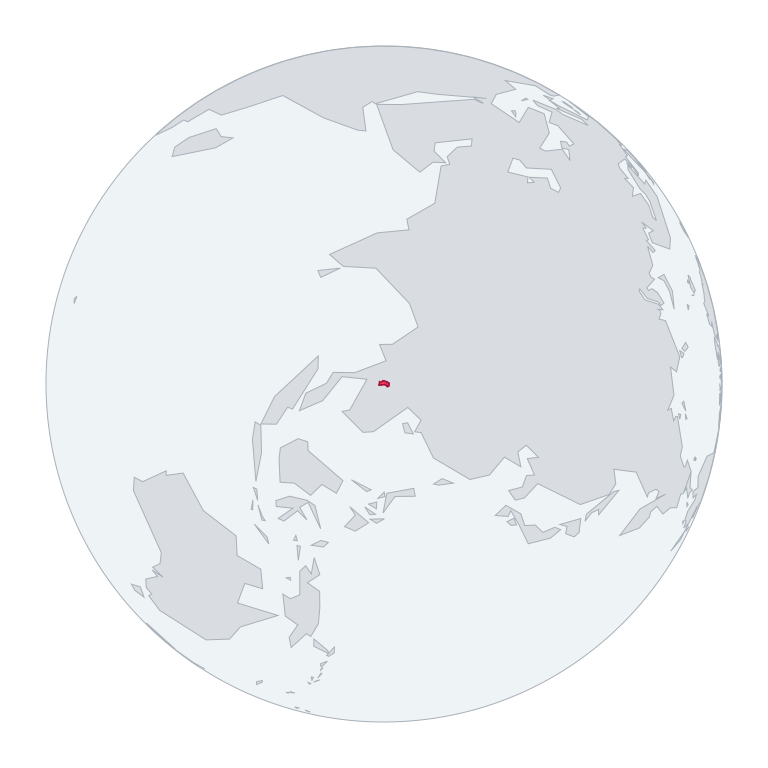 globe centered on Phetchabun, rotated 84°
{"feature_id": "THA-402", "entity_name": "Phetchabun", "entity_type": "Province", "adm_level": 1, "iso_a3": "THA", "parent_name": "Thailand", "parent_adm1": "", "projection": "orthographic", "projection_center": [101.234, 16.209], "detail": "fine", "context": "on_globe", "style": "filled", "palette": "rose", "viewbox_px": 768, "rotation_deg": 84, "n_neighbors": 0, "source": "natural_earth", "source_scale": "10m", "svg_char_len": 11901}
<svg xmlns="http://www.w3.org/2000/svg" viewBox="0 0 768 768"><g transform="rotate(84 384 384)"><circle cx="384" cy="384" r="338" fill="#eef3f6" stroke="#a8b0b8"/><path d="M702.5,491.5L701.9,493.7L701.7,494.1L702.5,491.5ZM533.6,81.0L536.8,83.6L549.6,91.2L538.3,85.3L569.9,105.5L580.2,116.3L561.9,100.4L554.8,96.2L558.5,101.0L552.0,97.9L550.1,98.8L542.0,95.0L531.9,87.1L526.5,84.8L529.4,88.6L523.2,87.9L519.8,82.6L508.5,81.2L489.6,70.2L486.9,63.1L469.7,57.6L460.3,54.8L485.4,61.6L509.8,70.4L533.6,81.0ZM560.3,98.1L557.5,95.6L562.4,99.2L560.3,98.1ZM551.2,99.6L554.0,101.5L551.8,101.3L551.2,99.6ZM537.5,95.5L533.1,95.1L535.8,94.1L537.5,95.5ZM529.4,93.9L518.8,93.9L524.2,97.7L503.0,87.7L519.0,90.5L521.5,88.4L524.2,91.4L529.4,93.9ZM455.9,53.8L456.2,53.9L451.9,53.0L455.9,53.8ZM447.9,52.2L453.6,53.5L441.6,51.4L435.2,50.1L436.3,50.1L430.9,49.4L429.7,49.2L447.9,52.2ZM493.0,82.7L488.9,81.9L491.2,81.3L493.0,82.7ZM423.6,48.4L424.1,48.5L414.2,47.5L416.7,47.7L423.6,48.4ZM461.3,55.3L461.1,55.7L451.3,53.9L450.0,53.9L441.5,51.4L461.3,55.3ZM412.9,47.3L409.1,47.1L403.1,46.6L405.3,46.8L412.9,47.3ZM428.9,49.1L429.4,49.3L425.9,48.8L428.9,49.1ZM407.8,47.0L409.9,47.2L411.2,47.4L407.2,47.2L407.8,47.0ZM435.2,50.6L431.2,50.1L438.2,51.5L431.1,50.8L426.8,49.5L425.7,49.7L423.5,49.6L422.4,48.8L435.2,50.6ZM407.2,47.7L399.2,46.6L387.4,46.3L385.6,46.2L404.9,46.8L407.2,47.7ZM416.2,48.3L410.2,47.8L411.0,47.5L415.6,47.8L416.2,48.3ZM427.9,51.0L439.9,52.4L440.4,52.7L427.9,51.0ZM403.6,47.5L405.6,47.9L402.7,47.5L403.6,47.5ZM420.3,49.8L424.4,50.1L424.9,50.5L420.3,49.8ZM406.2,48.5L403.6,48.0L406.6,48.0L406.2,48.5ZM412.5,49.1L412.2,49.5L409.3,48.3L414.3,49.1L412.5,49.1ZM420.1,50.1L421.7,50.4L418.3,49.9L420.1,50.1ZM396.1,49.3L391.7,47.8L398.4,47.5L401.8,48.9L396.1,49.3ZM114.9,179.6L115.5,184.9L113.8,189.0L103.2,202.3L94.9,231.6L104.7,222.2L107.7,242.1L116.4,248.0L138.1,222.2L124.0,211.6L131.9,196.5L151.7,193.4L165.7,204.5L169.2,199.1L169.2,182.1L181.3,175.6L170.2,175.7L168.0,182.3L161.0,183.1L162.5,177.2L166.8,174.8L165.1,170.0L145.3,184.1L141.1,192.4L131.2,188.5L123.1,202.3L117.3,206.2L128.7,184.6L134.4,178.2L148.3,153.8L141.4,159.8L127.8,183.8L128.1,180.6L118.6,190.6L126.0,180.5L142.6,154.3L139.6,152.6L122.3,170.3L149.1,141.0L146.9,143.7L154.8,136.4L169.4,123.3L166.3,126.6L171.5,122.4L170.6,124.6L182.4,118.1L183.4,120.0L200.7,109.1L203.6,109.1L192.5,115.2L185.4,121.2L189.5,128.1L194.0,127.0L205.0,119.7L204.7,123.2L214.8,115.4L223.3,117.4L221.3,109.0L234.0,102.0L246.1,99.4L249.9,96.0L230.3,100.5L222.8,103.9L216.9,108.9L196.2,118.9L192.0,118.6L212.4,103.8L208.7,102.3L226.1,92.8L268.5,83.9L279.7,85.7L271.6,102.3L261.7,105.1L259.7,100.1L249.9,110.8L256.3,106.9L256.1,110.3L268.2,105.8L268.7,108.1L279.6,100.3L281.4,102.7L274.5,107.5L294.1,104.3L301.5,108.8L305.7,107.1L308.1,104.0L315.8,112.6L318.6,111.0L317.2,107.5L321.7,102.4L332.8,97.1L334.9,100.3L331.1,102.6L326.5,113.1L316.2,119.7L318.2,120.6L327.6,115.7L333.3,102.8L339.4,98.9L338.1,104.6L339.0,102.1L342.7,101.2L348.3,103.6L350.3,97.5L387.9,87.0L402.4,91.8L397.1,97.3L425.5,96.8L439.7,104.5L438.3,100.9L451.0,99.7L446.7,97.2L447.0,95.5L477.7,93.9L486.5,96.9L498.1,94.3L497.4,92.8L491.6,90.3L503.0,87.7L524.2,97.7L524.7,100.5L537.6,105.8L537.0,111.9L542.4,120.2L534.2,125.4L539.2,132.3L543.7,133.7L553.9,145.1L559.3,165.4L535.1,142.5L523.1,115.6L526.3,125.4L519.6,121.7L517.1,124.6L519.9,132.3L523.9,134.0L498.0,142.4L492.8,164.3L507.5,163.9L517.4,171.6L524.4,201.4L499.1,241.5L512.0,256.3L513.2,265.7L503.0,271.1L500.9,257.2L489.9,251.8L490.3,243.8L473.2,249.3L473.0,238.1L459.7,248.9L465.5,258.0L480.7,256.5L469.3,271.9L485.5,288.6L488.0,308.4L462.8,342.5L436.2,352.2L434.7,358.5L423.8,350.9L409.8,362.8L430.3,399.5L429.9,409.9L406.9,428.5L406.3,420.8L377.5,400.5L372.3,424.9L394.1,446.6L401.7,470.9L384.9,462.6L377.3,441.2L367.1,433.3L369.7,412.0L361.1,379.5L344.2,384.3L345.4,371.5L330.9,344.1L306.6,350.2L268.0,379.9L262.8,412.1L249.5,424.6L233.0,374.9L233.3,343.0L222.5,344.1L209.6,314.6L173.2,304.4L172.3,295.6L164.5,297.4L156.1,286.3L156.5,272.2L149.4,270.8L149.5,307.9L157.6,309.9L170.4,299.6L168.5,312.2L177.1,326.2L152.0,350.5L105.1,362.1L107.9,337.4L110.3,264.4L114.4,258.0L114.7,257.2L115.2,255.7L107.8,265.7L110.7,252.1L101.5,300.3L96.8,320.0L104.4,363.3L101.8,366.2L106.5,376.2L130.4,375.5L128.9,383.4L113.1,416.1L86.5,454.5L94.3,489.9L99.6,517.7L92.5,529.3L102.7,551.9L100.5,555.8L106.7,567.9L110.2,577.9L112.7,584.8L109.6,581.2L96.3,561.3L84.5,540.6L74.2,519.0L65.5,496.8L58.3,474.0L52.7,450.8L48.9,427.2L46.6,403.4L46.1,379.5L47.3,355.7L50.1,332.0L54.6,308.5L60.8,285.4L68.5,262.8L77.9,240.9L88.8,219.6L101.1,199.1L114.9,179.6ZM172.9,232.1L186.1,238.8L193.2,219.1L198.9,220.4L199.2,213.6L193.6,217.7L196.3,200.0L206.7,197.8L211.7,190.3L207.5,187.8L188.0,195.1L184.0,219.8L175.5,225.5L172.9,232.1ZM201.1,100.4L196.5,103.8L190.5,107.5L189.3,107.8L197.9,102.0L201.1,100.4ZM191.4,107.9L211.9,94.7L213.5,94.9L209.1,96.8L208.1,98.3L200.8,102.0L182.2,116.3L175.7,120.8L177.0,117.2L180.1,115.4L184.5,111.8L191.4,107.9ZM261.6,69.2L270.5,65.8L262.4,70.2L255.0,72.9L253.3,72.6L261.0,69.3L261.6,69.2ZM399.1,46.4L395.6,46.3L399.1,46.4ZM342.7,48.6L342.8,48.6L354.8,47.7L369.5,46.7L374.3,46.8L368.6,47.2L377.3,47.1L370.0,48.1L373.2,48.4L369.2,50.2L356.4,51.6L361.0,51.9L358.2,54.0L347.8,55.8L350.5,53.8L337.1,57.6L334.7,55.9L333.3,56.5L327.5,56.3L317.9,57.3L318.4,56.5L314.5,57.3L310.5,57.6L305.3,58.6L304.3,57.7L297.8,59.1L301.0,58.0L290.1,60.8L297.8,58.4L293.4,59.2L288.3,61.1L292.5,58.7L317.4,52.7L342.7,48.6ZM394.6,49.8L379.9,50.7L371.4,50.6L382.0,47.7L380.0,47.3L386.5,46.4L398.7,46.8L395.7,46.9L395.7,47.2L391.9,46.9L394.9,47.4L390.9,47.8L392.1,48.4L387.0,48.4L394.6,49.8ZM118.2,185.4L118.1,187.3L119.3,188.7L113.4,195.5L118.2,185.4ZM129.1,167.5L129.9,167.7L122.1,177.0L122.3,175.5L129.1,167.5ZM137.0,160.4L130.6,167.0L134.2,162.5L137.0,160.4ZM194.0,115.4L195.6,115.7L193.2,117.6L189.2,119.7L194.0,115.4ZM307.3,70.3L310.2,68.3L312.3,68.1L323.3,64.6L325.9,66.0L320.3,68.8L307.3,70.3ZM132.0,225.1L125.6,228.6L125.9,225.1L128.1,224.5L132.0,225.1ZM116.1,211.2L116.6,217.8L114.5,213.0L116.1,211.2ZM312.0,71.3L316.2,69.5L314.9,71.4L312.0,71.3ZM328.4,67.0L328.0,68.9L327.5,65.8L328.4,67.0ZM264.7,680.2L271.6,683.8L266.8,683.1L264.7,680.2ZM131.5,526.8L135.7,570.9L126.6,567.4L118.5,552.2L112.5,524.2L121.0,520.0L123.4,508.4L131.5,526.8ZM485.5,526.5L495.3,527.7L494.9,529.2L485.5,526.5ZM475.3,521.5L486.6,521.8L473.2,524.7L475.3,521.5ZM491.0,522.0L502.5,519.0L507.5,516.5L506.6,519.6L491.0,522.0ZM467.5,521.6L425.1,520.6L408.2,516.1L412.2,510.8L439.6,513.0L467.5,521.6ZM410.9,510.6L385.0,494.1L349.2,446.4L362.0,448.1L399.4,477.6L397.0,482.3L412.7,495.2L410.9,510.6ZM473.3,483.4L470.8,497.6L447.4,496.2L436.7,493.7L429.4,475.1L433.5,465.9L442.3,466.4L475.9,434.9L487.7,442.8L477.4,456.2L487.1,468.7L473.3,483.4ZM264.2,415.4L271.4,435.7L264.2,437.9L264.2,415.4ZM489.2,412.5L475.8,426.5L487.9,407.8L489.2,412.5ZM496.1,394.9L497.1,402.0L491.5,395.1L496.1,394.9ZM434.7,368.3L425.4,369.7L425.0,364.6L436.7,360.0L434.7,368.3ZM489.8,325.4L490.3,340.1L488.7,345.1L484.2,336.1L489.8,325.4ZM340.1,87.6L322.0,90.3L310.6,94.7L306.9,100.2L304.3,94.2L321.8,87.4L340.1,87.6ZM381.8,86.4L384.9,82.5L388.8,84.2L388.6,85.3L381.8,86.4ZM380.0,84.1L374.1,79.7L379.3,77.6L382.9,81.4L380.0,84.1ZM342.3,73.6L336.8,74.1L338.0,72.4L342.3,73.6ZM625.1,620.0L625.0,620.7L615.6,630.0L604.1,640.2L596.7,645.4L625.1,620.0ZM556.6,656.1L560.4,647.5L571.0,644.9L563.2,653.3L556.6,656.1ZM640.9,603.5L626.6,619.2L632.8,612.2L641.4,602.3L648.7,591.9L642.8,600.8L644.7,599.0L640.9,603.5ZM528.5,623.1L463.9,644.3L450.6,642.1L455.9,634.2L447.6,609.7L452.1,610.2L451.6,593.1L490.9,577.0L519.6,547.0L539.2,548.0L555.4,525.9L574.9,526.1L567.8,543.3L586.5,552.6L603.1,513.7L610.6,552.3L621.5,564.3L619.9,587.7L585.8,630.6L569.9,640.1L568.6,637.0L561.5,641.7L553.0,641.3L551.7,629.4L544.6,634.0L553.1,623.9L542.0,633.2L539.2,625.5L528.5,623.1ZM666.2,536.0L668.0,536.5L669.6,542.1L666.8,542.0L666.2,536.0ZM697.5,502.0L697.3,504.8L695.7,506.6L697.5,502.0ZM701.7,494.1L699.9,496.7L702.5,491.5L701.7,494.1ZM680.9,509.8L681.4,511.9L680.5,513.1L680.9,509.8ZM680.2,509.2L682.0,504.9L681.2,508.9L680.2,509.2ZM672.8,490.6L674.3,488.2L674.8,489.6L672.8,490.6ZM509.8,527.6L523.8,516.3L531.1,515.2L509.8,527.6ZM671.2,486.6L667.8,487.1L668.3,484.8L671.2,486.6ZM671.8,481.5L671.6,478.5L673.2,485.2L671.8,481.5ZM665.5,476.1L669.5,480.7L665.0,476.9L665.5,476.1ZM662.8,477.4L659.7,475.6L660.0,474.6L662.8,477.4ZM624.3,487.4L636.4,503.9L626.0,504.8L614.6,494.9L604.5,506.4L582.3,506.6L587.7,499.6L585.0,489.8L561.4,487.3L556.6,480.9L565.2,476.1L549.3,471.6L566.8,467.7L573.7,480.9L583.5,469.7L599.9,471.2L615.4,474.3L627.4,483.1L624.3,487.4ZM566.4,497.5L569.4,497.3L566.6,501.5L566.4,497.5ZM653.8,469.2L658.3,475.0L657.7,476.7L655.4,476.1L653.8,469.2ZM630.2,480.4L643.3,467.7L646.3,467.5L637.5,481.2L630.2,480.4ZM640.4,460.8L646.2,461.6L649.1,467.5L647.9,469.4L640.4,460.8ZM530.7,486.5L529.9,490.3L525.3,487.5L530.7,486.5ZM536.7,484.1L550.5,487.7L535.4,487.4L536.7,484.1ZM493.7,471.9L497.9,480.8L511.2,474.9L501.0,483.2L509.8,497.7L506.7,503.3L498.0,487.6L494.6,503.9L488.7,503.7L485.7,489.7L491.7,472.5L497.6,465.4L521.4,462.1L493.7,471.9ZM536.7,473.2L533.0,462.9L535.7,455.9L539.8,461.3L536.7,473.2ZM521.7,438.1L511.4,426.2L502.4,430.9L520.4,413.8L527.3,428.0L521.7,438.1ZM512.6,411.7L504.2,416.0L512.7,406.1L512.6,411.7ZM501.8,411.9L500.6,403.5L507.4,404.6L501.8,411.9ZM517.0,412.0L518.1,397.7L521.8,406.0L517.0,412.0ZM497.0,384.8L512.1,398.4L493.0,392.7L490.9,365.3L498.9,364.7L497.0,384.8ZM533.8,276.1L531.1,268.8L538.0,267.0L537.9,272.5L533.8,276.1ZM558.0,257.2L538.9,264.2L523.2,271.1L528.7,274.4L526.4,287.1L517.4,275.4L527.4,261.5L539.5,258.8L540.0,248.4L548.2,241.5L544.3,229.0L547.4,223.6L554.6,234.5L558.0,257.2ZM542.1,223.8L538.4,202.4L552.0,205.5L555.9,210.8L551.9,219.0L544.9,216.9L542.1,223.8ZM541.5,198.4L534.7,196.4L515.0,166.7L514.3,161.5L536.5,184.2L531.3,183.7L533.7,190.9L541.5,198.4ZM490.9,83.6L489.1,82.1L492.8,83.5L490.9,83.6ZM444.4,94.2L445.4,92.1L449.8,93.5L444.4,94.2ZM450.7,87.6L445.0,87.4L450.1,86.2L450.7,87.6ZM432.5,87.7L442.4,86.7L434.2,89.7L432.5,87.7Z" fill="#d9dde1" stroke="#a8b0b8" stroke-width="1"/><path d="M387.1,380.7L387.1,380.9L387.1,381.0L386.9,381.3L386.7,381.3L386.6,381.2L386.4,381.2L386.2,381.2L385.9,381.2L385.8,381.3L385.7,381.3L385.7,381.2L385.6,381.3L385.6,381.5L385.5,381.8L385.6,382.0L385.4,382.1L385.3,382.3L385.3,382.5L385.2,382.5L385.0,382.8L384.9,382.9L385.0,382.9L385.0,383.0L384.9,383.0L384.7,383.6L384.7,383.8L384.8,383.8L384.7,383.8L384.7,384.0L384.5,384.8L384.5,385.1L384.6,385.3L384.8,385.4L384.9,385.5L384.7,385.8L384.6,386.0L384.5,386.7L384.6,386.8L384.8,386.9L384.9,387.0L384.8,387.4L384.8,387.6L384.7,387.8L384.8,388.0L384.8,388.4L384.8,388.6L384.6,389.1L384.4,389.3L384.2,389.2L384.1,388.9L383.9,388.8L383.8,388.7L383.7,388.7L383.6,388.8L383.4,388.8L383.2,388.6L382.9,388.6L382.6,388.3L382.4,388.3L382.0,388.4L381.9,388.4L381.7,388.3L381.2,388.2L381.3,388.0L381.5,387.9L381.5,387.7L381.7,387.4L381.7,387.2L381.6,386.9L381.6,386.7L381.5,386.4L381.5,386.2L381.4,385.9L381.3,385.6L381.4,385.4L381.3,385.2L381.2,385.2L380.6,384.9L380.6,384.7L380.6,384.4L380.7,384.2L380.9,383.9L381.0,383.8L381.0,383.7L380.9,383.5L380.8,383.2L381.0,382.9L381.2,382.7L381.4,382.6L381.5,382.6L381.5,382.4L381.8,382.1L381.8,381.9L381.8,381.7L381.9,381.4L382.0,381.3L382.2,381.2L382.3,381.2L382.2,381.1L382.2,380.9L382.1,380.7L382.3,380.5L382.4,380.4L382.5,380.3L382.5,380.2L382.9,379.9L383.1,379.9L383.3,379.9L383.4,379.7L383.4,379.4L383.4,379.2L383.5,379.1L383.7,378.9L383.8,378.9L383.8,378.7L384.0,378.7L384.2,378.8L384.4,378.9L384.5,378.9L384.5,379.0L384.5,378.9L384.8,378.9L385.0,378.9L385.3,378.9L385.5,379.0L385.7,379.3L385.8,379.4L386.0,379.4L386.1,379.2L386.3,379.1L386.5,379.6L386.7,379.8L386.7,380.0L386.7,380.3L386.8,380.4L386.8,380.5L386.7,380.6L386.8,380.7L386.8,380.8L386.9,380.7L387.1,380.7Z" fill="#f43f5e" stroke="#9f1239" stroke-width="1.5"/></g></svg>